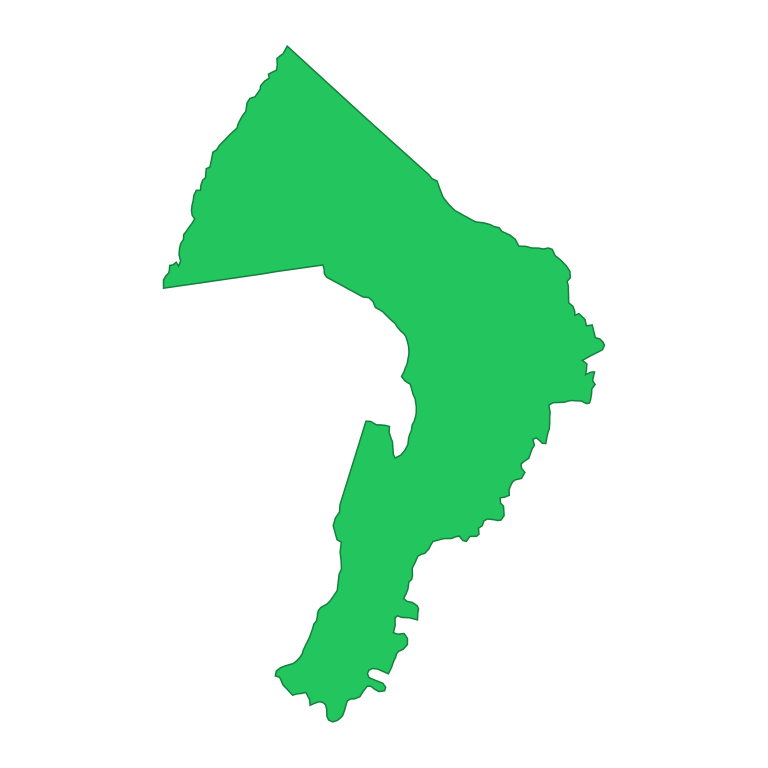 Pires do Rio, Goiás, Brazil
{"feature_id": "56859067B52460310339831", "entity_name": "Pires do Rio", "entity_type": "district", "adm_level": 2, "iso_a3": "BRA", "parent_name": "Brazil", "parent_adm1": "Goiás", "projection": "mercator", "projection_center": [-48.385, -17.309], "detail": "fine", "context": "isolated", "style": "filled", "palette": "green", "viewbox_px": 768, "rotation_deg": 0, "n_neighbors": 0, "source": "geoboundaries", "source_scale": "gbopen_adm2", "svg_char_len": 4257}
<svg xmlns="http://www.w3.org/2000/svg" viewBox="0 0 768 768"><path d="M310.1,705.3L314.3,703.4L319.2,701.7L322.9,702.4L325.6,704.9L326.7,709.4L326.9,716.2L328.6,720.0L332.7,721.9L337.2,720.5L340.3,718.1L342.6,715.7L344.4,710.8L347.2,701.0L350.6,698.9L354.4,698.9L359.8,696.8L363.4,691.1L367.2,686.3L370.6,686.1L374.9,689.4L378.9,691.6L384.6,690.8L385.7,687.3L382.8,683.2L375.5,680.4L369.0,677.6L367.4,673.6L369.0,670.2L372.4,668.5L377.4,669.0L388.4,673.8L391.6,667.2L393.9,660.6L395.6,657.4L396.5,653.9L398.4,651.5L403.2,649.2L407.4,644.6L407.5,638.5L404.1,633.5L397.5,634.2L393.4,632.7L395.1,625.9L395.1,617.9L397.4,615.8L401.6,617.4L409.6,617.8L417.5,619.9L417.8,612.6L418.6,609.1L417.2,605.8L412.5,602.5L406.9,601.3L403.6,598.4L405.9,594.3L407.9,589.1L408.9,581.9L411.6,579.5L412.5,575.6L412.2,568.3L415.3,562.1L417.8,556.3L421.1,554.4L424.9,553.3L429.1,548.6L430.7,545.1L433.0,541.5L440.6,539.4L444.2,538.6L451.5,538.5L455.1,537.0L459.1,536.0L462.9,540.5L466.3,541.4L469.8,536.5L476.7,536.2L479.0,534.2L478.5,528.2L482.3,525.7L483.8,521.0L487.3,519.0L493.9,519.7L497.9,520.5L501.0,520.1L504.1,515.6L503.5,506.1L500.6,503.1L500.1,497.9L504.7,497.1L509.3,495.3L509.1,489.6L510.7,485.5L512.5,482.0L515.1,479.9L521.5,478.4L524.9,472.4L521.5,468.4L521.1,463.9L525.1,460.7L528.9,458.2L530.3,453.9L532.1,449.0L534.4,445.2L532.9,439.2L536.4,437.9L539.8,440.7L542.2,443.2L545.8,443.6L546.9,437.2L547.9,432.9L549.3,428.8L549.7,423.8L549.7,417.7L550.1,412.6L548.9,405.1L553.0,402.7L558.4,402.5L564.3,402.2L568.4,401.0L571.4,400.5L576.0,400.8L581.4,401.0L586.4,403.6L589.5,403.0L590.7,399.1L591.6,393.4L591.8,388.9L595.1,384.5L592.6,380.6L594.5,371.9L591.1,372.1L585.5,374.6L586.4,370.1L586.9,363.9L582.3,360.4L590.8,355.7L597.4,352.4L602.5,349.7L604.5,345.2L603.0,342.1L599.9,339.0L595.3,337.6L592.2,325.0L586.4,325.8L585.0,319.4L578.9,313.6L574.8,315.3L574.8,311.6L572.9,306.3L568.7,302.7L568.3,285.9L567.1,281.4L570.4,277.7L569.9,271.3L566.1,265.6L560.5,259.9L555.1,255.6L552.2,249.3L548.3,248.0L543.3,249.0L538.6,248.1L531.7,248.0L526.0,246.4L522.4,246.2L518.8,246.2L515.4,239.5L510.3,235.3L501.9,231.4L499.0,227.6L494.3,226.7L490.2,224.6L484.0,222.9L475.3,221.8L469.7,218.7L463.2,215.2L454.9,210.5L449.3,205.1L443.2,197.5L439.8,188.9L437.1,181.1L432.0,178.6L428.7,174.6L419.1,166.0L384.7,135.1L366.3,118.5L356.0,109.1L287.2,46.1L284.8,50.7L282.9,54.0L280.1,55.8L276.9,58.6L277.3,65.0L276.5,70.2L272.0,72.3L268.4,74.2L269.3,78.0L264.6,81.1L260.5,85.9L260.3,89.2L255.0,96.8L249.9,98.4L247.1,102.8L245.8,111.3L242.2,116.1L238.5,123.0L236.9,128.2L230.1,134.3L225.3,139.4L219.5,145.3L216.6,149.8L212.9,152.2L210.0,166.9L206.2,168.8L205.5,177.6L202.6,180.3L200.8,185.6L200.6,190.3L196.3,190.3L194.0,195.0L193.0,201.5L192.0,205.5L191.5,210.7L192.2,215.3L194.7,218.9L191.5,224.1L188.6,227.8L186.6,230.9L183.6,234.7L183.5,239.3L180.7,243.7L179.6,248.1L179.0,254.5L180.6,261.2L178.5,266.1L176.2,262.3L173.0,264.9L169.7,265.4L169.4,269.4L168.9,272.8L166.1,275.6L163.5,279.9L163.5,288.2L262.6,273.9L276.1,271.6L296.7,268.7L322.8,265.0L324.1,268.8L324.4,273.7L326.7,277.3L333.7,281.0L363.0,297.0L369.0,297.7L373.1,301.8L375.4,307.5L379.7,309.8L382.7,311.7L385.9,314.9L391.4,320.3L395.1,323.5L397.4,327.2L401.0,331.4L403.8,333.6L405.8,336.5L407.1,340.5L408.5,345.9L408.9,350.7L408.9,354.0L407.1,364.0L405.3,368.0L403.8,372.3L401.5,376.4L405.0,381.0L410.3,384.3L411.6,388.9L413.0,394.1L415.2,398.9L415.7,403.0L416.3,406.3L416.2,413.4L415.4,417.2L414.2,421.2L412.2,424.9L411.4,430.4L409.4,435.2L408.6,438.3L407.9,444.4L405.1,450.0L400.8,455.1L395.1,458.0L393.3,454.4L393.1,450.6L392.4,441.6L391.1,438.5L389.1,432.3L389.5,426.5L385.5,425.4L380.2,424.9L376.6,424.9L370.5,421.4L366.0,421.2L340.0,504.7L339.5,512.1L335.4,518.0L333.2,525.6L337.0,539.7L341.3,542.2L340.1,552.4L341.1,560.3L341.5,568.9L339.1,574.4L337.2,590.6L332.6,597.4L329.8,601.3L326.7,604.2L320.8,607.5L318.4,610.5L317.5,614.1L317.2,617.4L316.4,620.9L313.8,624.2L312.6,628.7L309.5,637.3L308.0,640.4L306.0,644.3L303.2,650.3L302.4,653.4L300.1,657.2L296.5,661.0L293.1,663.6L289.8,664.5L285.4,665.8L280.8,667.6L276.3,671.0L275.3,675.9L279.6,677.3L281.0,680.2L282.9,684.8L287.3,689.4L292.6,695.2L296.9,693.9L301.0,693.5L305.9,692.5L309.5,699.3L310.1,705.3Z" fill="#22c55e" stroke="#15803d" stroke-width="1.5"/></svg>